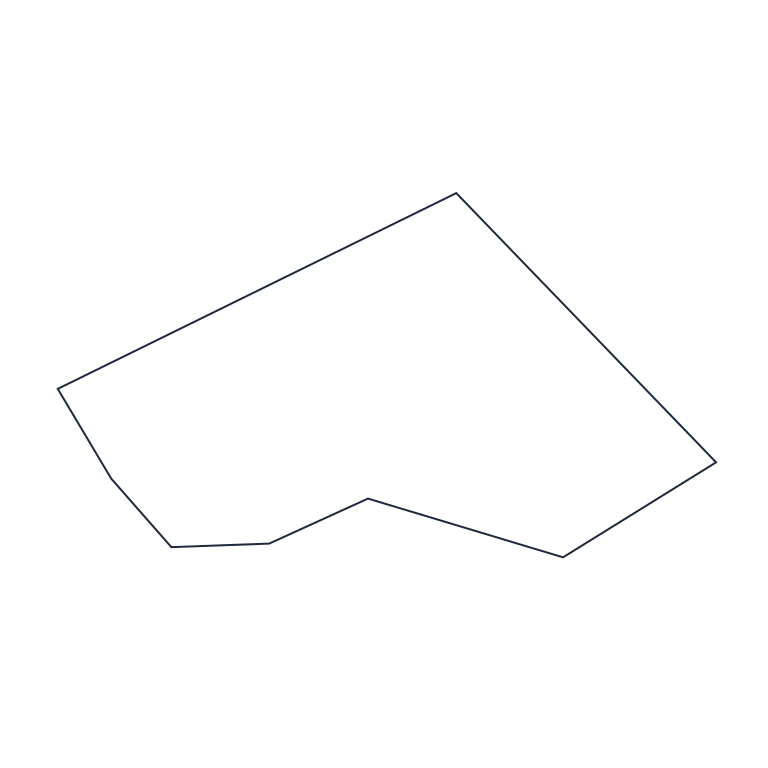 SVG path tracing the border of Mingəçevir, rotated 176°
{"feature_id": "AZE-1683", "entity_name": "Mingəçevir", "entity_type": "Municipality", "adm_level": 1, "iso_a3": "AZE", "parent_name": "Azerbaijan", "parent_adm1": "", "projection": "orthographic", "projection_center": [46.99, 40.753], "detail": "fine", "context": "isolated", "style": "outline", "palette": "slate", "viewbox_px": 768, "rotation_deg": 176, "n_neighbors": 0, "source": "natural_earth", "source_scale": "10m", "svg_char_len": 273}
<svg xmlns="http://www.w3.org/2000/svg" viewBox="0 0 768 768"><g transform="rotate(176 384 384)"><path d="M217.5,198.6L408.0,270.8L509.7,232.8L607.5,236.1L662.7,308.6L709.8,401.9L298.6,569.4L58.2,282.7L217.5,198.6Z" fill="none" stroke="#1e293b" stroke-width="2"/></g></svg>